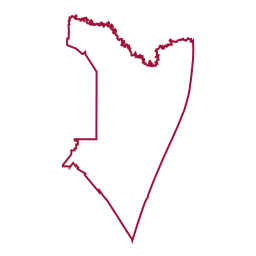 Matamoros, Tamaulipas, Mexico (Equal Earth projection)
{"feature_id": "50627088B46889164342382", "entity_name": "Matamoros", "entity_type": "district", "adm_level": 2, "iso_a3": "MEX", "parent_name": "Mexico", "parent_adm1": "Tamaulipas", "projection": "equal_earth", "projection_center": [-97.465, 25.556], "detail": "fine", "context": "isolated", "style": "outline", "palette": "rose", "viewbox_px": 256, "rotation_deg": 0, "n_neighbors": 0, "source": "geoboundaries", "source_scale": "gbopen_adm2", "svg_char_len": 5532}
<svg xmlns="http://www.w3.org/2000/svg" viewBox="0 0 256 256"><path d="M74.8,139.2L74.7,140.5L77.3,140.6L77.3,141.2L77.8,141.2L77.8,144.5L76.2,144.5L76.2,148.4L74.6,148.5L74.6,150.4L71.3,150.4L71.3,154.4L62.7,165.3L62.9,166.3L69.7,166.3L69.7,167.4L73.2,162.9L75.7,166.3L76.3,165.2L78.3,167.7L77.5,168.6L78.0,169.2L85.5,173.7L84.7,174.9L99.3,192.4L99.4,191.1L99.2,190.8L99.3,190.2L103.3,196.0L107.3,200.6L127.8,232.8L131.6,238.7L132.1,238.8L132.2,239.3L132.2,240.2L132.3,240.6L137.8,223.1L143.3,206.8L145.7,200.6L146.6,199.0L147.7,197.5L148.0,195.8L148.7,193.5L152.7,183.2L156.7,173.6L163.4,157.8L172.7,137.5L177.6,126.5L183.0,113.1L183.7,111.7L184.1,111.7L183.9,111.7L183.9,111.4L186.6,102.2L188.4,95.4L189.4,90.4L191.1,77.9L192.1,69.0L193.1,57.8L193.3,49.8L193.0,40.5L192.1,41.4L191.3,41.9L191.0,41.9L190.7,41.3L191.1,39.5L191.0,39.0L190.1,39.4L189.6,39.4L188.9,39.0L188.5,38.3L188.1,38.2L187.9,39.0L186.4,39.8L186.4,40.5L186.1,40.8L185.3,40.5L184.7,39.9L183.4,39.9L183.2,39.6L183.2,38.7L182.8,38.6L181.9,39.5L181.0,40.0L180.7,40.1L180.2,39.6L179.9,39.6L178.9,40.1L177.9,40.4L177.1,41.0L176.8,41.9L176.5,42.0L175.5,42.0L174.3,41.4L171.7,41.1L171.2,40.7L170.8,39.7L170.5,39.6L169.7,40.4L169.6,40.7L170.5,41.8L171.5,42.3L171.0,42.9L171.6,44.0L171.7,44.8L169.2,44.6L168.6,45.3L168.2,45.1L168.0,44.4L167.4,44.5L167.2,44.9L167.2,45.9L167.1,46.4L166.3,46.8L165.6,45.8L165.2,45.6L164.9,45.7L163.9,47.1L163.9,48.5L163.6,48.7L162.8,48.6L162.5,46.8L162.3,47.1L162.3,48.1L162.0,48.3L161.7,48.1L161.6,47.7L161.9,46.3L161.9,46.1L160.9,46.2L160.1,45.7L159.9,45.8L159.6,47.1L158.9,48.2L157.9,49.1L156.6,49.2L156.5,49.7L156.7,50.4L156.5,50.6L156.0,50.4L155.6,50.9L155.7,51.3L157.1,52.0L156.8,53.8L157.0,54.6L157.3,54.8L158.4,54.8L158.7,55.1L158.6,55.3L158.4,55.6L157.4,55.7L156.6,56.0L155.9,56.6L155.7,57.0L155.9,57.3L157.4,57.4L157.7,57.4L158.0,56.9L158.3,57.1L158.2,58.5L158.6,59.8L158.2,60.0L158.2,59.4L157.8,59.2L157.1,60.4L156.5,61.8L155.7,62.0L155.4,62.4L155.6,62.6L156.5,62.5L157.0,62.7L157.3,63.0L157.4,63.5L156.8,63.3L156.3,63.6L156.1,64.0L156.2,65.3L155.9,65.7L155.4,65.6L154.5,65.8L153.6,64.8L153.3,65.8L152.6,66.3L152.2,66.2L151.7,65.9L150.6,66.2L150.4,65.9L150.4,65.7L151.1,65.6L151.4,65.4L151.4,64.3L151.7,63.4L151.5,63.0L151.2,63.0L150.7,63.7L150.6,64.5L150.4,64.7L150.2,64.4L149.8,63.5L150.2,62.5L150.0,61.8L150.3,61.1L150.2,60.9L149.8,60.9L149.3,62.0L149.1,64.0L149.4,65.0L149.5,65.1L149.5,65.4L147.9,65.6L147.2,65.5L145.6,63.5L144.8,63.9L144.3,63.8L144.0,63.2L144.3,62.4L144.2,62.1L143.7,62.1L143.0,62.6L142.7,62.5L142.8,62.0L143.0,61.6L143.6,61.4L143.7,60.5L144.1,60.1L144.2,59.6L143.8,58.8L143.5,58.6L143.3,58.8L142.8,59.7L142.5,59.7L142.3,59.4L142.2,59.0L142.6,57.3L142.5,56.0L141.9,56.0L141.1,56.5L140.0,57.9L139.4,57.6L139.3,57.0L140.3,56.1L140.4,55.3L140.2,55.0L139.9,55.1L138.8,56.3L137.7,57.2L137.4,57.3L137.2,57.1L137.4,56.2L137.4,55.8L137.2,55.7L136.4,56.7L136.0,57.0L135.6,57.0L135.6,55.5L135.8,53.4L135.5,52.7L134.3,54.5L133.4,55.3L131.7,55.5L131.4,54.9L131.4,53.5L131.3,52.8L130.7,52.0L130.5,51.1L129.9,50.9L129.7,50.7L129.6,50.0L130.3,48.8L130.3,48.2L129.8,48.0L128.4,48.4L128.1,48.1L128.2,47.8L129.1,46.6L129.1,45.8L128.9,45.9L128.3,47.3L128.0,47.4L127.8,47.2L127.8,45.7L127.6,45.1L126.6,44.4L126.0,44.4L125.7,44.8L125.5,45.7L125.5,46.7L125.1,46.9L124.6,46.9L124.1,46.5L124.1,46.2L124.4,45.6L124.2,45.2L123.0,44.8L121.9,45.4L121.6,45.3L121.4,44.7L121.7,44.1L123.2,43.1L124.3,42.8L124.4,42.1L124.1,41.1L123.0,40.7L123.3,42.0L123.3,42.4L122.9,43.1L122.4,43.3L122.1,42.9L122.0,41.6L121.6,40.5L121.8,39.2L121.8,38.9L120.9,39.1L119.8,39.1L119.1,40.1L118.5,40.0L118.0,39.1L117.1,38.1L117.6,36.8L117.5,35.7L116.1,35.3L115.6,34.1L115.6,33.4L115.3,33.0L114.9,33.0L113.9,33.3L113.4,33.2L113.2,32.9L113.4,31.8L113.8,31.4L114.6,31.7L115.0,32.5L115.5,32.4L115.8,31.8L116.0,30.6L115.8,30.2L115.7,30.0L115.0,31.3L114.4,31.4L114.2,31.2L114.5,30.0L114.4,29.3L114.1,29.3L113.8,29.6L113.5,30.5L113.0,30.6L112.1,29.5L111.1,28.9L110.8,28.4L110.8,27.9L112.0,28.1L112.7,27.7L112.8,27.4L112.8,26.4L112.3,25.4L111.5,24.6L111.3,24.7L110.6,25.5L110.5,26.1L110.7,26.8L110.4,27.2L109.4,26.3L108.0,26.5L107.7,26.4L107.8,25.3L108.6,24.5L108.9,23.8L109.0,23.3L108.6,22.3L108.4,22.6L108.3,23.8L107.9,24.4L107.6,24.2L107.3,23.2L107.0,23.2L106.6,23.5L106.4,24.2L106.9,24.5L106.8,24.9L106.5,25.0L104.5,24.7L103.8,23.6L103.6,23.6L103.5,24.3L103.6,24.9L104.1,25.8L104.0,26.4L103.8,26.6L102.9,25.4L103.0,24.0L102.1,23.9L101.8,22.9L101.3,22.4L101.1,22.6L101.0,23.1L100.9,24.9L100.1,25.1L99.2,25.6L99.0,25.4L99.5,24.4L99.3,23.9L99.0,23.8L98.1,23.9L96.8,23.7L96.7,23.8L96.7,24.5L95.5,24.2L94.7,25.0L94.4,24.8L94.5,24.0L94.0,23.8L92.9,24.9L92.4,25.0L92.0,24.5L92.3,21.6L92.1,21.1L91.3,20.3L90.0,21.0L89.9,21.5L90.1,22.0L91.1,22.5L91.2,22.8L90.2,23.4L90.0,24.3L89.6,24.1L89.0,23.2L88.0,23.4L87.5,23.3L86.6,22.1L86.5,21.4L87.0,20.3L87.8,20.3L88.0,19.9L87.3,19.0L86.7,19.3L86.3,19.1L86.2,18.8L86.1,17.7L84.8,18.0L84.3,18.6L84.1,19.9L84.4,20.7L84.0,21.1L83.5,20.7L83.8,19.0L83.6,18.6L83.2,18.3L81.9,18.5L81.5,19.7L80.7,20.7L80.3,20.5L80.2,19.4L79.8,19.1L79.2,19.0L77.9,19.3L76.8,19.0L76.2,19.1L76.0,17.3L76.4,16.7L76.5,16.1L76.3,15.5L76.1,15.4L75.9,15.4L75.7,15.8L74.9,18.3L74.6,18.1L74.1,17.0L73.6,16.5L71.9,16.1L71.7,16.3L71.7,17.1L71.4,17.4L70.9,17.5L69.9,17.3L69.5,17.4L69.7,18.7L69.4,19.5L69.8,19.6L69.7,20.7L68.8,20.7L68.9,21.7L68.8,21.9L69.4,24.4L68.5,24.8L68.9,32.5L68.7,32.5L68.7,38.6L67.1,38.6L67.1,45.1L76.2,48.7L82.3,54.0L82.7,54.0L85.2,52.0L85.3,53.7L85.4,54.3L96.6,71.7L96.4,139.3L74.8,139.2Z" fill="none" stroke="#9f1239" stroke-width="2"/></svg>